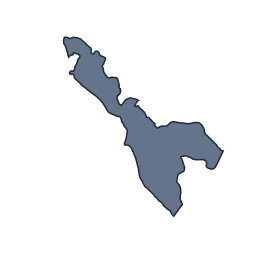 Ovia North-East, Edo, Nigeria (Mercator projection), rotated 115°
{"feature_id": "59680162B48615386953659", "entity_name": "Ovia North-East", "entity_type": "district", "adm_level": 2, "iso_a3": "NGA", "parent_name": "Nigeria", "parent_adm1": "Edo", "projection": "mercator", "projection_center": [5.497, 6.396], "detail": "fine", "context": "isolated", "style": "filled", "palette": "slate", "viewbox_px": 256, "rotation_deg": 115, "n_neighbors": 0, "source": "geoboundaries", "source_scale": "gbopen_adm2", "svg_char_len": 5422}
<svg xmlns="http://www.w3.org/2000/svg" viewBox="0 0 256 256"><g transform="rotate(115 128 128)"><path d="M105.3,197.6L105.5,197.2L105.7,196.5L106.0,195.7L106.3,194.9L106.6,193.6L107.5,191.1L107.8,190.0L108.4,189.2L108.7,187.6L109.3,186.4L109.4,184.5L109.8,183.1L110.3,181.4L110.6,179.8L111.0,178.2L111.9,174.3L112.2,172.7L112.6,170.5L113.6,167.3L114.1,165.8L114.7,164.4L115.5,162.5L116.2,161.1L117.1,159.8L117.8,158.7L119.4,156.2L120.3,155.1L121.7,152.7L122.0,152.0L122.0,151.4L122.0,150.5L122.2,149.2L122.2,147.6L122.0,146.9L122.0,145.8L122.0,144.5L121.8,142.5L121.5,141.3L121.3,140.4L121.5,139.3L121.8,138.7L123.0,137.9L124.1,136.9L125.2,136.0L125.7,135.1L126.2,134.1L126.8,133.4L127.7,132.4L128.0,132.1L128.5,130.9L128.9,129.8L129.8,128.5L131.0,127.2L132.0,126.9L133.3,126.7L134.5,126.3L135.9,125.9L137.3,125.5L138.4,125.2L139.6,125.1L140.7,125.0L141.6,124.6L142.3,124.8L143.1,124.9L144.0,124.5L144.5,124.2L144.7,123.6L144.4,122.6L143.9,121.7L143.5,121.1L143.5,120.6L143.5,119.7L143.9,118.4L144.2,117.7L144.6,116.8L145.3,116.0L145.8,115.3L146.5,114.4L147.0,113.8L147.9,112.7L149.2,111.5L151.3,109.1L152.4,108.1L152.9,107.6L157.9,103.5L159.0,102.6L160.0,101.6L162.0,100.5L163.8,99.2L165.2,98.3L165.5,98.1L166.6,97.4L168.2,95.8L169.0,94.7L170.3,92.7L171.9,90.5L173.3,88.8L174.2,87.2L174.3,85.5L175.4,82.7L176.1,80.6L176.5,79.6L177.5,76.7L178.8,74.8L179.1,73.0L179.5,72.1L179.7,71.5L180.6,70.0L181.1,68.0L181.4,66.5L182.0,64.9L182.7,63.4L183.6,62.5L184.1,60.3L184.6,59.1L185.3,54.7L186.5,53.2L187.3,52.2L188.6,49.3L186.3,48.7L184.1,48.4L182.4,48.0L181.0,47.9L178.0,47.2L175.3,46.5L174.4,46.5L173.5,47.0L173.2,47.6L172.5,48.5L171.6,49.4L170.5,50.5L169.7,51.1L168.2,51.6L166.6,52.3L165.5,52.4L163.8,53.1L160.6,54.8L160.0,55.3L159.2,56.2L158.3,57.1L157.7,58.2L155.9,61.3L149.9,62.8L149.7,62.8L149.1,63.0L148.6,62.7L147.6,62.3L146.5,61.5L146.3,61.3L145.6,60.6L143.8,59.2L143.1,59.2L141.6,59.4L139.8,60.1L138.4,61.4L137.4,62.3L137.0,62.7L135.2,64.3L133.9,65.6L133.2,66.5L132.5,67.6L131.4,67.6L130.8,67.1L130.3,66.0L129.0,64.4L128.7,63.3L128.5,62.5L128.6,60.4L128.4,58.2L128.8,56.2L128.5,55.2L128.4,54.2L128.0,53.1L127.3,51.3L126.4,49.9L126.2,49.3L125.7,48.2L125.4,47.9L125.1,46.8L124.9,46.2L124.9,45.5L124.9,43.9L125.5,43.0L125.5,42.9L126.0,42.3L126.9,41.7L128.0,41.5L128.9,41.3L129.4,41.0L130.3,39.9L130.5,38.1L130.1,35.2L129.7,34.5L129.2,33.8L128.5,33.2L127.2,32.5L125.7,32.3L123.7,32.1L108.6,32.0L108.9,33.9L108.4,35.2L107.9,36.0L107.5,37.7L107.5,38.4L106.1,40.4L105.4,42.0L104.7,44.1L104.0,45.7L103.9,46.6L103.3,47.5L102.8,49.3L102.4,50.8L101.9,51.7L101.4,53.0L101.4,54.1L100.0,56.1L99.3,56.8L98.1,57.9L96.8,58.6L95.9,59.7L95.4,60.5L94.3,61.9L93.5,64.3L93.3,65.2L93.8,67.7L94.0,68.1L94.4,69.2L95.3,70.4L96.3,71.9L97.4,73.1L97.9,74.0L98.8,75.3L99.3,77.1L99.7,78.6L100.4,80.7L101.0,82.0L101.5,83.4L101.6,83.7L101.8,84.9L102.4,86.7L102.9,89.2L103.5,90.1L104.3,91.2L105.2,91.8L106.1,92.1L106.4,92.2L107.0,92.5L108.6,93.2L109.3,93.5L110.0,93.9L110.9,95.5L111.1,96.2L112.0,98.2L112.7,99.1L113.7,100.0L115.2,100.7L115.5,101.5L115.7,101.8L115.3,102.4L114.5,105.3L113.8,105.1L113.1,105.2L112.7,105.3L112.5,106.2L112.4,106.9L112.2,108.0L111.7,108.9L111.1,110.0L110.8,111.1L110.6,112.0L109.9,112.7L109.9,113.5L109.9,114.2L110.4,115.5L109.9,116.2L109.4,116.7L108.7,117.3L108.0,118.4L107.1,119.5L106.6,120.2L106.4,121.3L105.9,122.1L105.7,122.6L105.2,124.6L105.0,125.4L104.8,126.6L104.3,127.4L103.8,127.5L103.7,128.3L103.9,129.0L104.8,129.3L105.2,129.5L105.2,130.9L105.1,131.3L103.5,131.2L103.0,131.2L102.2,131.2L99.5,130.8L99.0,130.7L98.7,130.3L98.4,131.5L98.3,131.9L98.8,133.2L98.7,133.9L99.0,135.3L99.3,136.8L99.5,137.7L99.7,138.4L100.2,139.3L100.6,139.8L101.5,140.6L102.3,141.2L102.7,141.5L103.3,142.0L103.6,142.1L104.3,142.2L105.6,142.5L106.5,142.8L107.1,142.8L107.3,142.9L108.5,143.1L110.2,143.5L110.2,144.0L110.1,144.4L110.0,145.1L110.0,145.8L109.9,146.4L109.3,146.9L108.4,147.5L107.6,148.5L106.7,150.2L105.6,150.6L105.1,150.7L104.0,150.9L103.7,151.4L103.0,151.2L102.8,150.7L102.4,150.5L101.7,150.4L101.1,150.1L100.0,149.8L99.5,150.2L99.0,149.9L98.1,150.3L97.6,150.5L97.2,150.3L96.8,150.6L96.5,151.4L96.1,151.4L95.7,151.6L95.6,152.4L94.9,153.2L94.1,153.4L93.5,154.0L92.5,154.3L92.0,154.6L91.2,155.3L90.4,156.3L88.6,157.5L87.7,158.4L87.5,158.9L87.2,159.8L87.7,160.7L88.1,161.8L88.5,162.7L88.7,164.0L89.5,165.1L89.8,165.4L90.4,166.0L90.8,166.5L90.8,167.0L90.8,167.6L90.6,168.2L90.5,168.7L90.2,169.0L90.1,169.5L89.8,169.7L89.3,171.0L88.5,172.2L87.4,173.7L86.0,174.8L85.2,175.1L83.7,176.4L83.4,177.4L82.8,177.8L81.9,177.5L81.4,177.4L80.2,177.2L78.7,177.4L76.5,177.4L74.9,177.4L73.9,178.5L73.9,179.8L73.8,181.1L73.8,181.7L74.1,182.3L74.1,183.3L73.6,184.5L73.0,185.1L71.8,186.4L71.4,188.7L72.3,189.9L73.8,190.4L75.5,190.5L75.7,191.6L75.6,192.9L74.7,193.7L73.0,194.2L72.0,194.8L71.6,195.1L71.2,195.5L70.8,197.6L70.2,199.7L69.6,201.3L68.8,203.6L68.1,206.2L67.4,208.8L67.7,212.1L68.5,214.6L69.0,216.0L70.5,217.4L71.4,218.1L71.7,222.1L72.1,222.8L72.7,224.0L75.9,223.4L78.4,222.0L80.5,219.0L82.5,217.2L84.2,215.7L85.5,214.4L87.2,213.4L88.9,211.7L86.2,210.6L85.2,209.1L84.5,208.8L82.7,209.1L82.5,207.7L82.7,206.8L81.9,204.7L82.8,202.2L84.1,201.6L85.3,201.8L86.1,202.3L88.9,202.1L90.7,201.7L93.0,201.7L95.1,202.0L95.8,201.8L97.3,201.2L99.5,201.5L100.4,203.5L100.4,203.9L102.4,204.4L103.4,203.8L103.5,203.0L103.4,202.0L102.7,200.9L102.7,199.5L103.9,198.7L104.6,198.1L105.3,197.6Z" fill="#64748b" stroke="#1e293b" stroke-width="1.5"/></g></svg>